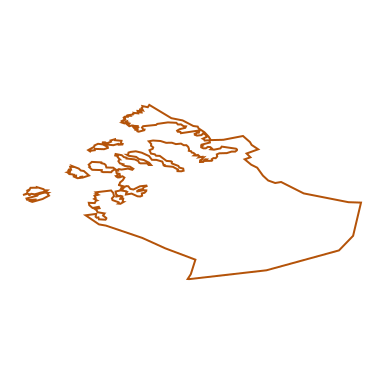 the district of Osen nor, Sør-Trøndelag, Norway
{"feature_id": "86288312B40278854732862", "entity_name": "Osen nor", "entity_type": "district", "adm_level": 2, "iso_a3": "NOR", "parent_name": "Norway", "parent_adm1": "Sør-Trøndelag", "projection": "natural_earth1", "projection_center": [10.507, 64.296], "detail": "fine", "context": "isolated", "style": "outline", "palette": "amber", "viewbox_px": 384, "rotation_deg": 0, "n_neighbors": 0, "source": "geoboundaries", "source_scale": "gbopen_adm2", "svg_char_len": 6015}
<svg xmlns="http://www.w3.org/2000/svg" viewBox="0 0 384 384"><path d="M361.0,202.6L348.5,202.2L303.7,193.4L281.1,182.0L275.2,183.0L268.2,180.5L262.9,175.6L257.2,167.7L251.2,164.7L244.7,159.3L250.4,157.3L246.6,153.5L258.2,149.3L251.6,144.9L250.0,142.1L243.0,136.0L223.3,139.8L210.8,140.1L208.6,136.6L204.4,132.2L198.6,128.4L197.7,126.6L193.3,126.0L182.6,120.4L171.4,118.2L149.3,104.9L147.8,107.2L142.5,106.1L142.8,106.8L141.7,107.9L142.9,110.3L140.2,109.3L139.6,110.6L140.2,111.1L137.5,110.9L137.7,111.8L141.3,111.6L141.5,112.5L139.2,112.2L138.3,112.6L138.3,113.4L134.1,112.9L134.4,113.3L132.9,113.8L132.8,114.5L128.9,115.1L129.8,115.8L126.8,115.8L126.5,116.3L128.8,116.8L124.9,116.7L123.7,117.6L124.0,118.2L125.9,118.6L124.6,118.7L125.1,119.4L120.8,121.5L122.6,121.4L122.2,122.1L123.8,122.3L122.3,122.7L124.4,123.4L125.3,122.8L125.3,121.6L126.5,121.3L126.2,121.8L126.8,122.0L125.8,122.3L126.3,123.5L129.3,123.7L128.5,124.8L127.6,124.8L129.3,126.2L131.8,125.5L133.7,125.6L132.7,125.9L133.8,126.7L134.7,126.4L134.4,125.9L137.7,126.1L137.6,126.8L138.3,127.3L137.7,128.0L133.2,126.9L134.6,128.6L135.8,128.4L135.5,129.8L137.6,130.0L137.4,131.3L138.7,131.7L144.3,130.2L144.5,129.6L143.3,129.5L142.0,127.5L143.1,126.2L156.1,124.9L157.3,123.9L167.9,122.4L176.3,122.8L178.0,124.5L181.0,124.4L183.6,126.2L186.0,126.4L185.3,127.8L179.6,129.2L177.1,130.7L177.7,131.7L180.4,131.9L180.9,133.2L198.4,130.6L199.4,131.0L198.8,132.7L196.5,132.8L196.2,133.6L194.7,133.9L194.8,134.8L197.0,135.6L201.5,135.1L203.4,133.0L204.1,133.1L204.5,134.2L205.7,134.1L206.5,137.0L202.8,138.7L204.0,139.3L204.6,140.5L208.8,140.3L209.6,140.9L209.9,142.5L201.5,144.7L201.3,145.2L202.5,145.9L201.2,146.5L201.2,147.3L203.3,148.3L205.8,148.3L207.9,146.9L210.3,147.1L211.8,148.4L210.7,149.3L214.0,149.7L220.4,148.4L221.7,146.6L236.0,148.7L237.0,149.5L236.9,150.3L235.2,151.6L231.6,151.6L226.8,153.1L219.3,153.3L216.8,154.4L217.2,156.5L215.7,158.2L213.4,158.1L211.8,159.2L212.2,160.3L211.7,160.8L206.6,160.9L207.0,160.4L206.1,159.9L206.7,159.4L205.2,159.3L203.3,161.9L200.0,162.0L200.1,160.5L201.3,160.5L201.2,159.8L202.5,159.4L202.2,158.8L203.5,157.5L202.6,157.7L202.6,156.8L199.0,157.3L199.8,156.6L197.9,154.9L197.3,155.1L197.6,155.6L194.0,155.4L195.3,154.4L193.5,152.9L191.7,152.5L191.2,151.3L188.8,150.8L189.0,149.1L188.2,146.9L186.4,145.2L183.7,145.2L181.0,143.6L175.9,144.1L171.8,142.7L166.1,142.8L160.5,141.0L153.0,140.5L148.8,141.3L151.2,143.9L151.0,145.7L153.2,147.4L152.7,148.8L149.5,150.2L151.0,153.6L154.8,154.3L156.0,155.7L159.8,155.9L166.5,160.9L171.0,161.3L171.9,161.9L171.7,163.1L172.2,163.6L178.3,165.9L179.4,167.6L183.2,168.6L183.6,170.7L181.3,171.3L176.6,171.1L178.1,170.7L178.0,169.6L172.9,166.8L164.8,166.0L163.9,165.5L164.2,165.0L163.6,165.0L162.3,161.6L156.4,159.9L151.9,159.8L149.1,156.1L141.7,152.7L135.8,151.3L130.7,151.9L128.5,152.6L128.1,154.8L127.0,154.8L128.7,155.8L136.1,156.9L139.1,159.1L143.8,160.0L149.2,162.8L151.1,165.0L148.7,165.0L147.0,163.3L140.4,163.3L139.2,162.8L138.2,161.0L134.8,159.4L126.5,158.5L126.5,157.7L123.9,157.1L121.8,155.2L115.6,154.0L115.2,155.5L117.9,156.2L117.7,157.2L119.9,159.4L119.3,159.4L118.4,161.2L119.9,163.4L123.3,164.3L122.8,165.0L125.0,166.0L129.8,166.6L133.3,168.8L132.3,169.8L127.9,168.6L121.5,169.6L118.9,169.1L118.0,169.6L118.2,170.6L116.1,170.6L116.6,173.1L118.5,173.6L116.8,175.1L119.6,174.1L120.1,176.3L120.7,176.4L119.7,177.2L118.5,177.2L117.4,175.8L115.9,176.1L116.3,176.6L117.9,177.5L120.0,177.3L122.5,176.3L124.4,177.6L122.8,180.2L120.0,182.5L119.4,184.7L118.2,184.9L122.3,186.0L121.6,186.3L121.5,187.9L120.2,190.1L121.3,190.1L123.4,188.4L123.3,187.6L126.3,186.1L128.3,186.3L130.3,188.9L133.4,189.5L139.9,186.3L146.4,185.6L146.6,186.1L143.6,187.2L142.9,189.0L138.7,190.0L136.5,191.6L143.5,190.2L146.3,190.4L146.2,191.1L144.5,192.8L141.8,193.4L142.1,195.7L140.2,196.5L137.5,196.3L131.6,193.6L125.9,194.5L126.3,192.7L127.2,191.9L126.3,191.3L120.6,190.4L115.6,191.5L116.2,194.5L118.2,195.9L115.3,196.7L120.5,195.8L122.4,196.4L122.4,197.2L120.4,198.1L120.2,198.9L123.2,198.9L122.6,201.9L123.5,202.0L120.4,203.8L118.4,203.6L119.1,203.1L118.7,202.3L112.5,200.1L111.9,198.4L114.0,196.2L113.3,193.0L111.1,190.5L95.8,192.3L97.3,193.7L96.2,194.0L98.0,194.8L94.5,195.8L95.7,198.0L94.2,198.9L96.9,200.4L96.0,200.6L94.7,203.1L88.8,202.8L89.3,205.2L92.6,208.0L98.8,206.8L99.5,208.2L94.7,208.9L96.7,210.3L97.5,212.2L103.8,213.3L103.3,213.6L104.2,214.0L103.1,215.6L106.3,218.0L106.3,218.7L105.5,219.7L98.9,219.3L98.4,217.4L96.7,217.7L95.6,216.7L96.2,213.9L85.6,215.3L99.0,224.4L105.9,225.6L142.2,237.9L165.2,248.3L195.4,259.7L190.8,274.2L187.7,279.0L189.3,279.1L266.4,270.3L339.0,250.4L353.1,235.8L361.0,202.6ZM43.6,189.2L36.8,187.1L36.8,187.7L30.5,187.8L29.7,189.3L27.8,190.3L28.6,190.7L27.4,191.5L27.0,193.5L23.0,195.0L27.6,193.7L29.9,194.4L28.4,194.9L29.6,195.1L31.2,193.8L34.7,194.3L39.6,193.0L40.1,193.8L38.3,194.3L37.4,195.6L26.5,198.5L27.0,199.7L30.0,200.0L36.6,199.5L30.9,201.4L32.3,201.9L42.6,199.0L49.0,195.6L47.3,193.4L48.2,192.9L44.7,192.6L40.2,193.6L39.9,192.8L46.2,191.4L47.4,190.4L44.4,190.3L43.6,189.2ZM101.5,162.4L91.9,161.9L88.7,164.7L89.9,166.4L89.2,167.1L92.2,169.8L101.8,170.1L101.6,171.6L102.9,172.1L111.3,172.2L112.2,170.9L115.3,169.2L113.2,167.7L106.4,167.5L105.7,165.1L104.4,163.9L100.6,163.0L101.8,162.9L101.5,162.4ZM78.8,168.6L72.0,166.0L72.6,166.9L70.2,166.8L71.0,169.5L68.9,169.5L68.5,170.3L70.3,170.7L70.0,171.4L67.3,172.3L69.3,173.0L68.7,173.5L69.3,174.1L73.2,174.4L72.3,174.7L74.1,174.8L74.0,175.8L76.1,175.6L76.1,176.8L75.0,177.1L77.5,178.2L80.2,177.9L80.3,176.9L81.8,176.7L81.4,177.7L82.6,177.6L89.0,175.5L83.8,171.0L80.8,170.5L78.8,168.6ZM107.7,146.9L102.8,144.4L98.0,143.8L94.4,145.5L94.3,146.7L88.2,150.1L90.2,151.5L90.9,150.7L94.8,150.2L94.8,148.9L104.1,149.2L107.9,147.9L107.7,146.9ZM120.8,143.7L121.5,140.8L115.0,140.2L115.0,139.2L110.5,140.5L111.0,141.7L106.8,143.3L105.0,142.3L102.0,142.4L107.3,144.6L113.3,145.2L118.1,143.9L119.6,143.8L117.8,144.3L118.4,144.7L122.4,144.5L122.6,144.0L120.8,143.7Z" fill="none" stroke="#b45309" stroke-width="2"/></svg>